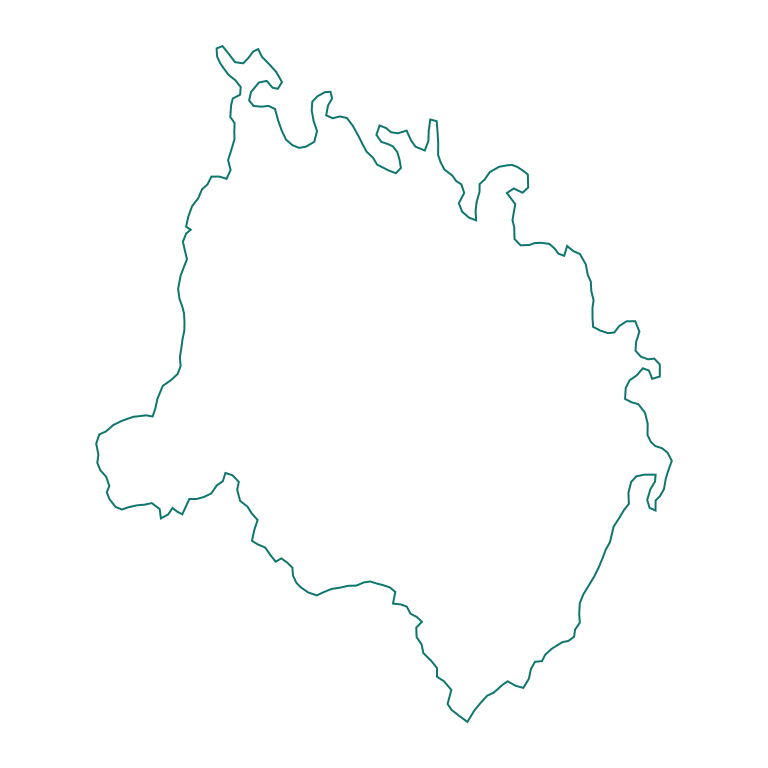 Bocaina do Sul, Santa Catarina, Brazil
{"feature_id": "56859067B6752568486207", "entity_name": "Bocaina do Sul", "entity_type": "district", "adm_level": 2, "iso_a3": "BRA", "parent_name": "Brazil", "parent_adm1": "Santa Catarina", "projection": "equal_earth", "projection_center": [-49.911, -27.76], "detail": "fine", "context": "isolated", "style": "outline", "palette": "teal", "viewbox_px": 768, "rotation_deg": 0, "n_neighbors": 0, "source": "geoboundaries", "source_scale": "gbopen_adm2", "svg_char_len": 4174}
<svg xmlns="http://www.w3.org/2000/svg" viewBox="0 0 768 768"><path d="M522.6,192.7L528.2,187.5L527.8,174.4L522.9,170.6L517.5,167.0L511.9,164.9L506.7,165.4L499.1,166.8L489.8,172.1L484.6,179.6L479.6,184.1L479.5,192.0L476.7,201.6L475.6,210.7L476.1,220.3L469.2,217.8L462.2,211.8L458.8,203.2L464.2,193.0L461.4,184.4L456.2,181.1L452.4,175.6L444.5,169.6L440.7,162.5L438.1,155.0L438.2,143.1L437.5,131.4L436.7,121.2L430.3,119.5L428.7,131.0L428.4,141.0L424.8,150.5L415.5,146.7L411.0,140.3L406.6,130.6L397.8,133.3L390.9,132.2L386.2,128.1L379.6,125.5L376.4,134.8L381.3,141.9L388.0,144.1L392.8,146.3L397.3,152.0L399.6,160.1L400.9,168.0L395.9,173.2L388.9,170.6L381.9,167.0L377.1,164.6L372.9,157.6L366.6,151.7L362.9,144.8L358.4,135.9L352.8,125.8L346.9,118.0L339.8,116.4L332.7,118.3L326.2,115.3L328.0,105.5L332.1,98.5L330.5,91.8L325.1,92.1L317.6,96.2L312.3,101.6L311.7,110.5L313.6,120.9L317.0,131.0L314.3,141.8L305.9,146.7L299.1,147.9L292.3,145.1L286.0,139.6L281.6,130.3L278.2,120.7L275.0,109.0L268.6,105.9L261.4,106.7L253.5,105.9L249.1,100.4L251.0,92.1L258.9,82.5L266.7,80.9L272.5,87.7L277.8,88.8L282.0,82.1L276.2,71.9L268.7,63.7L261.9,56.7L258.2,49.1L253.2,51.5L248.2,58.2L243.2,63.3L235.0,62.2L228.4,53.4L222.5,46.1L216.6,48.4L217.1,56.6L220.3,63.4L224.1,68.9L228.6,74.9L235.3,80.2L240.7,87.0L240.1,94.7L232.8,98.5L231.1,105.2L230.3,116.9L234.6,123.1L234.3,131.0L234.5,139.2L231.4,149.6L228.1,160.1L230.6,169.9L226.6,178.8L219.5,176.6L211.4,176.6L207.5,184.4L202.0,189.4L198.2,198.3L192.0,206.4L188.2,216.9L186.1,226.7L190.7,229.7L186.2,233.5L182.9,241.7L185.0,251.0L187.0,259.1L184.3,266.0L180.6,275.7L178.1,289.1L179.5,298.9L182.2,306.3L184.0,313.4L184.5,321.9L184.3,330.9L182.6,338.8L181.5,347.1L179.9,357.1L180.6,366.1L177.6,374.0L170.8,380.3L162.8,385.8L157.4,398.9L155.3,408.6L152.6,416.5L146.0,415.3L138.9,416.2L133.4,416.8L127.8,418.7L121.7,420.9L113.2,425.1L106.0,431.4L99.3,434.4L96.2,443.7L98.4,454.6L97.3,462.8L100.4,470.4L106.1,476.6L109.3,485.9L106.8,492.3L109.4,499.0L115.5,506.9L122.0,509.5L128.6,507.2L137.1,505.3L144.4,504.7L151.8,503.1L159.7,509.1L160.9,518.4L168.1,514.5L172.5,508.0L177.3,511.7L182.3,514.3L189.3,499.0L196.4,499.0L203.6,497.1L211.2,493.5L216.7,485.5L222.9,481.1L225.4,473.0L232.4,475.2L238.8,481.9L237.2,489.7L240.1,500.9L247.5,506.6L251.5,513.1L257.6,520.0L254.2,530.3L252.0,540.8L257.6,544.3L265.3,547.6L270.4,555.1L275.7,561.7L281.3,558.4L287.2,562.6L292.4,567.7L293.0,575.6L296.3,582.7L300.6,587.2L308.1,592.4L316.8,595.4L324.0,592.0L331.4,589.0L340.8,587.5L348.2,585.8L356.2,585.6L364.0,582.4L370.2,581.5L376.3,583.4L382.7,585.0L390.0,587.5L395.3,592.0L393.0,603.6L400.7,604.4L406.8,606.6L410.5,613.7L416.8,617.0L421.9,621.8L416.3,627.5L416.6,637.1L421.6,644.4L423.3,653.0L431.2,660.8L437.0,668.1L437.0,676.7L444.0,681.3L451.3,689.9L447.6,704.0L451.7,710.0L459.0,715.7L467.4,721.9L474.4,710.4L480.6,702.9L487.2,695.7L493.4,692.8L497.7,689.2L502.9,684.5L507.6,681.3L515.7,685.8L523.3,687.9L528.9,678.7L530.9,669.0L535.0,661.8L542.0,661.1L545.2,654.7L552.1,648.5L562.5,642.1L568.2,641.0L574.1,636.8L575.0,629.7L579.8,622.7L579.2,613.7L579.8,603.2L583.2,594.6L589.1,584.9L594.1,576.7L598.5,567.9L602.5,558.4L605.7,549.8L610.0,542.0L611.7,534.8L613.6,526.7L618.7,518.8L623.9,510.2L628.9,503.8L628.4,492.8L631.2,481.9L636.3,476.3L644.1,474.7L650.2,474.7L655.6,474.7L655.0,481.6L650.5,489.0L647.2,499.8L649.6,507.9L655.5,510.5L655.6,500.5L660.0,496.1L663.9,489.3L665.9,478.1L668.4,470.2L671.8,460.9L667.6,452.7L662.0,448.2L655.3,446.1L650.9,442.0L647.5,435.1L647.7,423.9L645.0,412.7L638.2,404.1L631.3,402.2L625.1,398.9L625.7,388.1L629.6,380.3L636.8,375.3L642.8,368.3L648.9,370.5L652.2,378.8L659.8,376.5L659.8,364.5L654.3,358.6L648.1,359.3L640.9,356.7L635.5,350.7L636.1,342.1L639.4,331.6L635.2,321.2L626.5,321.3L619.2,326.1L614.3,332.5L607.9,333.1L600.3,330.6L593.1,326.8L592.5,317.8L592.5,307.5L593.6,300.3L591.3,291.0L590.8,281.6L587.7,274.6L585.8,264.4L579.9,254.0L573.2,251.0L567.1,246.0L564.2,255.8L558.3,253.6L554.5,248.4L549.4,243.9L541.0,242.8L534.6,243.1L529.4,245.0L520.6,245.3L514.5,239.0L514.2,227.4L512.5,220.0L513.9,211.7L515.3,204.2L511.4,199.0L506.9,193.0L513.7,188.5L522.6,192.7Z" fill="none" stroke="#0f766e" stroke-width="2"/></svg>